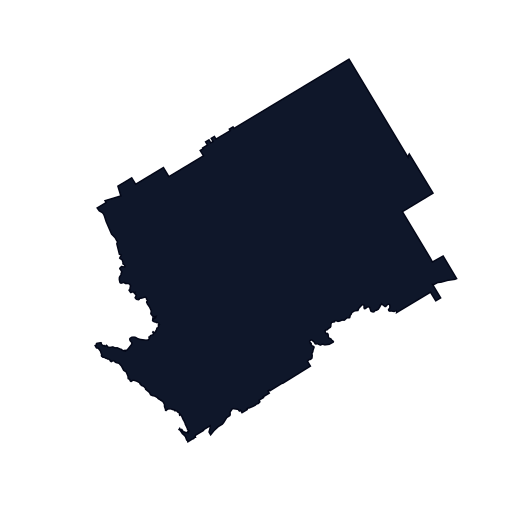 Murray, Western Australia, Australia, rotated 329°
{"feature_id": "25037944B25972327200509", "entity_name": "Murray", "entity_type": "district", "adm_level": 2, "iso_a3": "AUS", "parent_name": "Australia", "parent_adm1": "Western Australia", "projection": "mercator", "projection_center": [115.802, -32.624], "detail": "fine", "context": "isolated", "style": "filled", "palette": "ink", "viewbox_px": 512, "rotation_deg": 329, "n_neighbors": 0, "source": "geoboundaries", "source_scale": "gbopen_adm2", "svg_char_len": 6042}
<svg xmlns="http://www.w3.org/2000/svg" viewBox="0 0 512 512"><g transform="rotate(329 256 256)"><path d="M437.1,249.8L437.1,135.2L302.8,135.3L302.8,133.5L298.5,133.5L298.5,135.3L281.9,135.2L281.9,132.1L278.2,132.1L278.2,135.8L275.5,135.7L275.5,132.2L271.6,132.2L271.6,135.9L266.0,135.9L266.0,136.8L262.5,136.8L262.6,143.1L222.2,143.1L222.2,132.5L189.8,132.5L189.7,125.0L173.6,125.0L171.1,134.9L155.1,130.8L155.1,133.0L144.6,133.0L144.9,136.6L146.7,139.8L146.9,141.5L146.7,143.4L145.3,149.3L143.5,162.8L144.7,167.8L144.5,171.3L145.0,171.7L144.6,172.6L143.0,173.8L139.8,184.2L140.5,184.9L140.9,185.9L140.2,186.6L139.5,186.7L138.1,187.6L138.3,188.4L139.3,190.3L138.7,193.0L137.9,194.2L138.6,195.8L138.5,197.4L138.2,197.7L137.4,197.6L135.4,195.7L132.9,196.4L132.7,197.2L132.9,198.3L132.8,200.6L131.4,201.4L131.2,202.3L128.3,203.7L127.7,204.2L126.7,205.8L125.8,208.4L125.9,209.3L126.6,209.9L129.0,210.5L129.7,210.9L130.1,211.7L129.2,211.0L130.1,212.5L132.3,213.8L133.2,214.9L133.1,217.1L132.2,217.8L130.6,219.8L129.6,219.9L129.7,222.3L129.9,222.9L131.1,223.0L132.1,223.5L132.5,223.8L132.5,224.6L133.4,224.9L132.7,225.3L133.1,228.2L130.9,229.5L131.1,231.0L131.4,231.7L132.8,233.0L133.7,232.9L133.9,232.3L134.8,232.5L136.3,233.2L139.8,234.1L140.3,234.7L140.3,236.0L140.0,236.4L140.2,238.0L139.7,238.6L138.8,238.9L138.4,239.5L138.6,239.9L138.2,240.8L138.5,245.1L138.0,249.1L136.1,251.4L136.4,254.0L137.0,255.3L137.5,255.6L137.1,255.8L136.9,256.2L137.5,256.1L138.2,256.6L138.2,256.3L138.2,256.2L139.1,256.3L138.2,256.9L138.2,257.2L137.6,257.4L137.2,257.3L137.9,256.9L137.4,257.0L137.0,256.6L135.8,256.6L135.9,256.9L136.2,256.9L135.7,257.1L135.5,256.3L134.1,258.1L134.2,258.8L135.0,260.1L136.3,261.3L136.4,261.8L137.1,262.0L137.7,263.0L138.2,264.0L138.0,264.7L136.9,264.7L136.7,265.3L137.0,265.4L136.3,265.7L135.9,266.6L134.8,267.0L133.9,266.8L132.7,268.2L131.9,268.3L131.1,269.3L130.7,269.2L130.1,269.7L129.5,269.3L129.3,268.9L129.1,268.9L128.8,267.9L128.3,268.1L128.4,268.4L128.2,268.7L128.6,269.1L128.6,269.6L127.2,270.5L124.5,269.9L123.8,270.6L123.2,270.6L122.7,270.3L122.3,270.7L122.1,272.0L120.2,272.4L118.3,271.5L113.7,267.8L112.0,265.9L110.8,263.7L109.8,262.8L107.8,261.7L105.8,261.7L105.0,262.1L104.5,263.7L105.0,266.5L103.7,267.8L98.7,269.7L97.0,270.2L95.7,270.0L95.2,270.4L94.6,269.7L94.8,269.3L94.0,269.3L93.7,269.0L92.8,267.8L92.4,266.5L91.8,266.1L89.9,263.3L87.7,262.0L86.5,260.2L83.8,259.2L82.1,257.8L82.1,256.5L81.8,255.5L80.3,255.8L79.7,255.2L79.8,254.6L78.5,253.9L78.1,252.1L78.2,251.4L78.6,250.9L78.4,250.4L74.6,248.9L74.2,248.9L73.5,250.0L72.0,249.9L71.9,252.3L72.3,253.1L73.1,253.4L73.3,253.9L73.7,257.3L72.9,261.1L72.1,261.9L72.1,262.6L72.5,263.2L72.5,263.7L73.9,264.9L74.7,266.4L75.7,267.3L75.7,267.8L76.5,268.2L77.0,269.4L77.3,270.6L77.1,271.0L77.5,272.0L79.6,272.1L80.8,273.6L80.6,274.2L81.2,275.3L83.3,277.4L84.0,281.0L83.7,285.8L84.6,287.7L85.1,287.9L84.4,293.0L83.3,295.3L84.2,296.7L83.9,298.1L84.1,299.0L84.3,299.2L86.5,299.1L87.4,299.7L89.2,301.7L91.0,304.6L91.1,305.1L90.7,305.7L91.2,306.1L91.0,307.1L91.2,308.0L92.5,309.7L92.9,310.8L93.2,313.3L92.8,313.5L94.2,317.4L94.4,318.5L94.2,320.7L95.3,322.3L96.9,323.7L97.5,324.6L98.8,327.0L98.6,327.6L99.0,328.1L99.1,328.8L99.8,329.7L100.0,330.6L100.6,331.0L100.5,331.5L101.2,332.6L101.2,335.8L100.0,338.0L99.4,340.9L99.0,341.7L99.3,342.1L99.9,341.9L99.7,342.2L100.4,341.8L102.1,341.9L104.5,343.3L105.3,344.5L106.2,345.3L106.9,346.6L106.8,346.9L107.0,347.0L107.0,346.6L106.5,345.5L106.9,345.9L107.3,346.9L108.4,348.2L108.5,349.4L109.2,350.5L109.4,352.0L108.8,352.4L108.6,353.1L109.6,353.1L109.9,356.0L109.6,356.4L109.5,357.9L109.3,358.7L109.5,360.8L109.2,361.1L109.3,362.2L108.8,363.6L108.4,368.1L108.0,369.3L108.1,370.2L108.6,370.7L108.6,371.4L108.0,371.7L107.2,371.4L106.7,372.3L106.4,371.7L104.8,371.4L104.3,370.1L103.6,370.3L103.3,370.0L103.1,367.6L102.8,368.0L102.0,367.1L102.4,366.0L101.5,365.5L101.7,364.6L100.6,365.1L101.2,366.2L101.4,370.4L101.9,371.8L102.5,374.4L101.8,378.1L102.2,379.1L101.9,380.2L107.1,380.1L108.5,380.4L110.1,379.8L110.6,380.1L110.6,379.6L112.0,378.5L121.1,378.5L121.1,377.9L129.3,377.9L128.2,379.7L125.1,382.7L125.0,385.9L130.2,384.0L135.9,382.8L140.5,382.8L142.5,382.1L147.7,379.4L151.4,379.3L152.2,378.6L153.4,376.4L157.0,374.8L157.6,374.9L161.4,378.0L161.7,378.5L161.9,380.3L163.3,380.3L163.3,383.1L169.3,383.1L169.3,382.4L170.7,382.2L171.8,382.7L175.7,383.3L178.5,383.5L180.0,383.1L182.1,383.6L184.2,383.0L184.2,381.2L189.5,381.2L189.5,380.4L196.7,380.4L196.7,377.8L198.5,377.8L198.6,378.7L212.7,378.5L213.4,378.9L245.9,378.4L245.9,372.8L247.6,372.1L249.6,372.7L251.4,372.3L252.9,370.3L253.7,368.3L255.3,367.4L256.6,365.9L258.7,364.2L258.9,363.7L258.7,363.0L258.1,362.4L257.7,361.6L257.8,360.9L257.4,360.4L258.2,359.6L258.1,358.7L257.6,358.7L257.6,358.0L258.1,356.7L259.0,356.3L260.4,356.4L261.6,359.8L261.5,361.5L261.7,362.0L262.5,362.5L263.4,362.7L265.3,365.5L267.6,365.8L269.2,367.6L273.3,369.4L277.8,369.6L278.2,369.3L278.2,368.7L277.5,367.0L277.5,365.7L276.2,363.7L276.2,363.0L277.5,360.1L277.2,359.0L276.6,359.0L276.0,358.3L276.5,355.8L277.3,355.4L279.3,355.9L280.6,355.4L283.0,355.4L283.9,354.8L285.1,353.0L286.2,352.0L286.9,351.9L289.3,352.8L289.6,352.2L291.3,352.6L292.6,354.3L294.3,354.9L296.6,355.2L298.8,356.5L302.0,355.8L304.4,357.1L305.3,356.5L305.5,356.0L306.1,355.4L307.6,354.9L309.0,353.8L312.3,353.8L315.3,355.2L317.1,353.8L322.0,352.4L323.1,353.5L323.2,354.0L321.9,356.1L321.8,357.0L322.8,357.4L323.3,357.4L323.6,356.9L326.3,357.3L326.9,358.8L326.1,362.4L326.9,363.7L328.2,364.6L330.0,364.1L331.4,364.6L333.4,364.6L336.4,363.1L337.3,362.1L338.9,362.3L339.1,361.9L340.6,365.8L341.2,366.1L343.7,365.3L345.0,365.6L345.4,366.4L345.1,367.7L344.0,369.4L342.0,370.2L341.7,371.2L342.2,372.1L343.8,372.9L345.8,374.7L347.9,375.0L348.1,376.1L347.4,376.9L386.9,376.9L387.0,387.0L392.7,387.0L392.7,371.3L394.0,372.1L398.0,372.3L401.3,373.8L407.8,375.6L414.4,378.4L416.3,378.7L416.4,352.4L404.1,352.0L404.3,347.2L404.3,293.4L440.1,293.3L439.9,247.5L438.9,248.1L437.1,249.8Z" fill="#0f172a" stroke="#020617" stroke-width="1.5"/></g></svg>